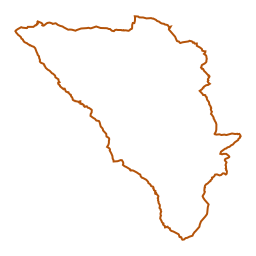 Racovita, Vâlcea, Romania
{"feature_id": "2599482B60342435469862", "entity_name": "Racovita", "entity_type": "district", "adm_level": 2, "iso_a3": "ROU", "parent_name": "Romania", "parent_adm1": "Vâlcea", "projection": "natural_earth1", "projection_center": [24.314, 45.393], "detail": "fine", "context": "isolated", "style": "outline", "palette": "amber", "viewbox_px": 256, "rotation_deg": 0, "n_neighbors": 0, "source": "geoboundaries", "source_scale": "gbopen_adm2", "svg_char_len": 5742}
<svg xmlns="http://www.w3.org/2000/svg" viewBox="0 0 256 256"><path d="M209.8,83.8L208.2,82.5L207.7,81.4L208.4,80.4L207.9,79.6L207.9,79.1L209.3,77.0L209.5,76.3L209.3,76.0L208.5,75.9L208.5,75.1L207.8,74.8L205.1,71.8L204.3,71.3L203.9,70.3L203.4,69.8L203.2,69.1L202.9,69.1L202.1,68.4L201.7,68.6L201.0,67.5L201.3,67.1L201.8,65.3L202.1,64.9L204.7,63.5L206.1,62.2L206.4,61.6L206.4,60.4L206.8,58.8L206.6,58.3L206.3,56.1L206.1,55.5L204.0,53.9L205.2,52.7L205.4,51.3L204.4,51.3L202.3,50.7L201.8,48.9L199.8,47.4L196.8,45.8L196.8,43.5L194.7,43.6L193.8,42.4L193.0,42.7L192.4,41.8L191.7,41.3L189.4,40.8L188.6,41.4L182.6,42.3L180.3,43.0L179.7,42.6L179.0,41.6L177.1,41.1L176.7,40.5L175.1,36.7L168.9,29.5L169.0,28.6L170.0,27.8L170.6,26.7L169.2,27.1L168.8,26.9L167.9,25.3L167.4,25.0L164.6,24.4L164.0,23.8L161.9,23.5L160.4,22.8L159.4,21.8L157.0,20.9L156.0,19.9L153.1,18.5L152.5,18.6L151.1,18.1L146.5,18.4L143.2,17.5L139.3,17.4L138.1,16.5L134.8,16.3L135.0,17.4L135.0,20.0L134.8,21.4L134.3,23.1L132.8,23.0L132.2,24.9L132.1,28.1L131.6,29.0L130.6,29.2L129.4,30.4L128.4,30.8L125.7,30.3L123.9,30.5L123.6,30.1L122.1,30.4L121.2,30.0L117.8,30.0L116.3,29.7L114.8,30.2L114.0,31.1L113.5,31.1L111.8,30.7L110.0,29.0L108.8,29.0L107.0,28.2L100.6,28.0L96.2,26.5L91.3,28.2L90.3,28.3L88.4,27.8L86.9,28.1L81.1,28.5L76.6,30.1L75.5,30.7L71.9,29.7L69.7,29.5L68.9,29.7L68.2,29.7L63.7,27.3L62.6,26.5L60.0,25.8L57.5,24.7L56.5,23.7L55.6,23.3L52.6,23.9L52.1,23.4L49.7,22.6L48.0,22.8L46.7,23.3L44.0,25.5L43.1,25.7L42.3,25.3L42.7,24.6L42.3,23.7L41.3,22.9L37.7,21.4L37.4,21.9L37.9,23.5L37.5,24.0L36.9,23.9L36.7,24.8L35.8,25.4L35.4,25.2L33.4,26.9L27.8,26.9L27.1,28.0L26.7,28.1L22.6,27.7L21.2,27.2L17.6,29.2L15.7,30.6L15.4,31.2L15.9,31.9L16.1,32.5L17.4,33.9L17.9,34.7L19.3,35.7L20.9,37.1L21.4,38.6L22.5,39.2L22.9,39.6L23.2,40.6L23.8,41.2L24.3,42.0L25.6,42.7L27.0,43.2L27.5,43.8L29.3,44.8L29.6,45.3L30.4,45.2L31.3,45.9L33.8,46.8L35.2,48.2L36.6,52.0L37.5,53.8L37.6,54.7L39.0,56.3L39.2,58.0L40.0,60.0L39.8,61.2L40.0,61.8L41.0,62.8L43.7,63.9L44.4,65.1L44.3,65.6L44.9,66.1L45.7,67.8L47.8,69.7L49.3,70.5L50.1,71.2L52.0,73.3L53.0,73.7L55.1,75.6L55.4,77.3L58.4,79.3L58.7,81.3L59.5,82.2L58.1,83.0L58.3,83.8L58.6,84.4L59.7,85.1L60.0,85.6L60.0,86.1L60.4,86.6L63.4,89.1L63.8,88.6L64.7,88.7L65.8,91.4L66.6,91.9L68.2,92.2L68.1,92.6L69.2,93.4L69.8,94.3L70.2,94.7L70.8,94.8L71.2,96.5L72.0,97.2L72.6,98.5L72.7,99.6L73.0,100.0L74.1,100.6L74.8,100.7L75.2,101.2L75.9,101.2L78.5,101.8L79.0,102.4L79.6,102.1L79.7,101.4L80.3,101.3L80.2,102.5L80.6,102.9L80.4,103.7L81.9,104.2L82.5,104.0L82.7,104.4L83.8,105.1L83.8,105.9L84.4,106.3L84.5,106.7L84.9,106.9L85.6,106.4L86.8,106.3L87.2,107.0L88.2,107.9L89.0,107.9L91.6,109.7L91.8,110.2L91.6,112.5L90.7,114.0L90.5,115.9L93.4,118.0L94.9,118.8L96.3,120.5L98.9,121.0L99.6,122.2L100.7,126.5L102.4,128.3L102.9,129.3L103.1,130.5L106.2,133.8L106.5,136.5L108.5,137.7L109.1,138.4L109.2,139.6L108.9,140.8L108.9,142.9L108.4,144.8L107.1,146.9L108.9,148.0L109.7,148.8L110.0,149.8L109.7,150.5L111.2,153.2L112.4,156.0L112.7,158.7L113.4,159.9L113.6,161.5L117.7,161.2L120.6,160.1L121.9,160.2L123.1,162.2L123.3,163.5L122.9,164.9L124.5,166.2L126.3,167.0L130.1,169.3L130.3,169.6L130.2,170.2L130.4,170.4L130.9,170.6L131.9,170.3L133.3,170.6L136.7,172.4L139.2,174.1L140.0,174.4L140.3,174.7L140.7,176.3L141.8,177.6L143.4,178.2L146.3,179.8L148.1,181.8L148.4,183.1L149.7,183.9L150.5,184.7L150.9,185.8L151.9,186.4L153.0,186.7L153.4,187.3L153.6,188.3L153.3,188.6L153.9,189.5L154.0,190.2L155.4,191.0L155.1,191.9L156.0,192.7L155.8,193.1L155.2,193.3L155.2,193.7L155.5,193.9L156.7,194.1L158.4,196.2L158.1,197.5L157.7,198.1L158.2,199.0L158.0,200.5L158.6,201.7L158.5,202.8L159.8,205.0L159.8,206.9L159.5,207.6L159.6,208.2L160.8,209.5L160.7,210.4L161.2,211.5L160.5,213.3L160.6,214.8L161.0,215.7L160.5,216.5L160.2,218.5L161.5,220.9L161.8,221.9L162.4,222.7L163.4,223.4L163.1,223.9L163.1,224.6L164.9,226.1L165.0,227.4L165.9,227.3L167.3,226.7L167.6,226.7L168.4,227.8L169.9,228.4L169.9,229.6L171.3,230.9L173.3,231.5L178.5,234.2L178.9,234.8L179.5,236.9L179.9,237.1L180.6,236.9L181.4,237.4L181.6,238.5L182.4,239.7L184.0,239.5L185.6,238.1L187.3,237.8L189.4,236.7L192.5,235.7L193.3,233.9L194.7,231.9L195.2,231.6L199.4,226.8L199.8,224.6L201.0,221.4L205.2,216.6L206.9,214.3L207.2,213.1L207.8,207.2L208.6,204.4L204.6,199.8L203.3,197.8L202.6,196.2L203.1,195.2L204.0,193.9L204.9,191.8L204.4,191.1L204.3,189.9L204.5,189.3L204.5,187.9L205.0,187.5L204.8,186.7L205.0,185.7L206.1,184.3L207.5,183.6L209.6,181.5L210.4,181.2L210.4,180.6L210.6,180.3L211.9,179.1L212.2,178.5L212.0,177.6L213.1,177.2L214.3,176.2L215.1,174.6L217.0,174.4L219.5,175.4L221.1,175.0L222.8,173.4L224.1,173.4L225.8,174.5L226.7,173.7L226.9,171.4L226.6,170.4L226.0,169.9L226.2,169.0L225.7,168.4L226.0,167.9L226.0,166.0L225.5,165.1L226.5,162.3L224.9,160.5L224.8,160.0L225.4,158.9L228.0,157.9L229.2,157.1L229.3,156.8L228.7,155.8L226.3,153.9L223.4,153.9L222.1,154.3L220.3,153.8L221.0,151.7L225.1,148.7L226.4,148.4L227.4,147.4L229.5,146.8L231.3,145.2L232.8,144.6L234.7,142.4L238.2,140.0L238.5,138.8L239.9,137.8L240.1,137.4L240.0,136.8L240.6,136.4L240.4,135.4L239.3,133.9L237.9,134.2L237.5,133.8L235.1,134.0L232.0,133.5L226.9,134.9L226.1,135.0L224.4,134.6L221.4,135.0L219.4,134.3L216.6,134.6L215.0,134.3L214.6,133.9L215.8,131.8L216.3,129.9L216.4,124.3L215.9,122.9L215.9,122.6L214.6,120.5L214.4,119.6L213.6,118.6L213.7,117.9L213.2,116.7L211.7,114.6L211.0,113.9L211.9,111.7L211.5,111.3L210.8,109.4L211.2,108.5L210.9,108.0L211.1,107.3L210.6,106.9L210.3,105.8L209.2,104.4L209.3,103.7L209.1,103.3L209.0,102.2L207.2,99.8L206.8,98.6L206.8,97.3L205.8,96.6L205.7,96.2L205.4,95.8L205.3,95.2L204.9,95.0L203.1,95.0L202.6,94.0L199.7,90.9L202.2,89.1L202.9,87.9L203.6,87.6L203.7,86.9L204.1,86.6L206.2,85.2L208.2,84.9L209.8,83.8Z" fill="none" stroke="#b45309" stroke-width="2"/></svg>